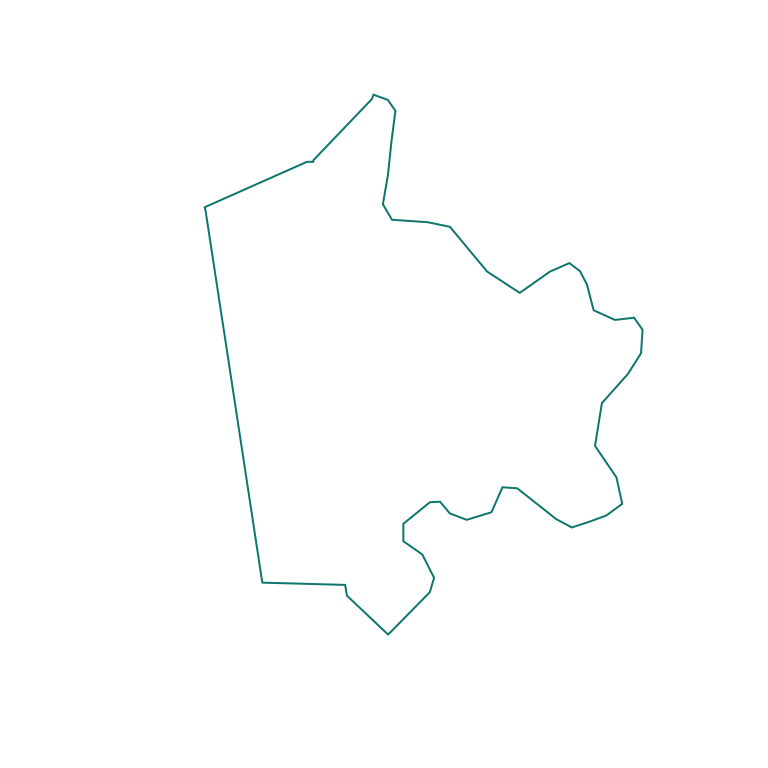 the district of Karlsborg, Västra Götaland, Sweden, rotated 136°
{"feature_id": "70781695B19460929055016", "entity_name": "Karlsborg", "entity_type": "district", "adm_level": 2, "iso_a3": "SWE", "parent_name": "Sweden", "parent_adm1": "Västra Götaland", "projection": "natural_earth1", "projection_center": [14.477, 58.607], "detail": "fine", "context": "isolated", "style": "outline", "palette": "teal", "viewbox_px": 768, "rotation_deg": 136, "n_neighbors": 0, "source": "geoboundaries", "source_scale": "gbopen_adm2", "svg_char_len": 850}
<svg xmlns="http://www.w3.org/2000/svg" viewBox="0 0 768 768"><g transform="rotate(136 384 384)"><path d="M390.4,635.5L391.2,633.7L498.6,482.1L609.9,325.1L609.3,325.4L551.5,266.5L557.7,257.5L555.1,200.9L535.1,201.4L495.7,202.4L482.6,209.8L474.9,234.7L479.3,257.5L467.2,270.0L433.2,267.1L425.5,260.4L426.5,245.0L418.8,228.8L395.8,217.1L370.5,227.4L360.6,216.4L354.0,167.2L348.5,150.3L332.0,142.3L315.5,135.0L295.9,132.3L281.7,155.3L275.2,192.9L240.5,218.9L201.5,221.8L177.7,227.6L160.3,243.5L158.1,258.0L173.3,269.6L182.0,291.4L168.9,314.6L164.6,329.1L166.7,342.2L186.2,349.5L223.1,355.3L231.7,393.1L229.6,421.7L227.4,451.3L240.4,470.3L264.2,496.6L259.9,514.1L236.0,531.6L209.9,553.5L186.0,572.6L183.9,585.7L190.6,599.4L194.7,597.4L279.4,594.0L280.5,593.0L285.2,597.4L390.1,635.7L390.4,635.5Z" fill="none" stroke="#0f766e" stroke-width="2"/></g></svg>